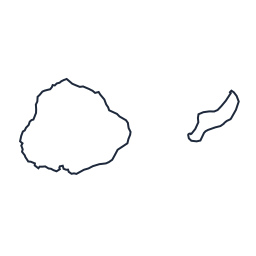 Kauai, Hawaii, United States of America (Natural Earth projection), rotated 192°
{"feature_id": "52423323B55631926154060", "entity_name": "Kauai", "entity_type": "district", "adm_level": 2, "iso_a3": "USA", "parent_name": "United States of America", "parent_adm1": "Hawaii", "projection": "natural_earth1", "projection_center": [-159.682, 22.006], "detail": "fine", "context": "isolated", "style": "outline", "palette": "slate", "viewbox_px": 256, "rotation_deg": 192, "n_neighbors": 0, "source": "geoboundaries", "source_scale": "gbopen_adm2", "svg_char_len": 1695}
<svg xmlns="http://www.w3.org/2000/svg" viewBox="0 0 256 256"><g transform="rotate(192 128 128)"><path d="M124.5,121.8L124.7,124.7L127.4,128.1L129.2,133.0L131.6,135.2L138.7,137.5L141.7,139.5L150.1,141.4L151.8,144.2L154.2,146.5L157.1,151.0L162.1,154.9L164.2,157.1L165.4,156.5L167.5,155.5L170.3,157.0L174.4,158.1L180.6,159.3L183.7,158.2L187.7,158.9L191.7,159.7L198.2,163.2L200.6,161.7L203.0,159.8L204.3,158.1L206.9,156.8L208.5,154.4L210.4,154.3L210.6,154.3L211.0,152.0L212.2,149.7L214.8,148.5L217.5,147.1L219.3,145.8L221.3,142.0L222.9,139.7L222.2,135.1L223.0,131.7L222.4,129.7L221.7,127.1L221.1,123.6L221.9,118.9L222.0,118.3L222.3,116.6L224.0,115.7L225.4,113.8L225.8,110.3L227.8,107.1L228.5,104.2L230.1,102.7L230.8,98.1L230.8,92.6L229.5,91.8L228.0,91.1L228.7,88.6L226.6,85.3L226.7,82.7L223.2,79.7L222.5,78.4L218.6,74.5L216.1,74.8L211.7,74.0L211.5,72.0L207.3,70.0L206.4,71.8L203.6,72.4L201.0,73.2L197.3,71.9L194.8,72.1L192.3,71.3L188.9,70.8L186.1,73.5L186.9,74.8L186.7,76.3L184.0,77.5L182.5,74.7L179.8,74.3L178.0,74.8L176.9,72.8L173.7,71.5L171.4,72.4L168.9,72.4L162.4,78.0L158.3,80.2L154.4,83.4L148.4,86.7L145.4,87.7L142.2,88.8L139.6,90.7L136.8,93.7L135.2,99.0L133.6,104.6L125.4,112.9L125.3,117.3L124.5,121.8ZM26.2,168.2L25.2,176.9L28.4,181.9L31.9,184.9L34.6,186.0L35.7,184.2L34.7,183.5L38.0,175.0L41.3,168.7L44.1,164.2L47.1,162.1L52.1,161.1L57.6,159.1L61.9,156.1L61.7,152.4L60.4,148.2L62.0,141.0L64.7,135.6L65.3,135.1L65.9,135.5L66.8,135.2L67.5,134.6L67.7,133.7L66.3,130.5L63.4,128.7L58.1,129.2L54.6,130.8L52.6,139.1L52.0,140.0L51.5,140.9L49.4,142.7L42.9,146.7L38.0,149.1L35.3,152.0L34.7,153.2L32.9,155.4L29.6,157.9L29.2,158.7L26.2,168.2Z" fill="none" stroke="#1e293b" stroke-width="2"/></g></svg>